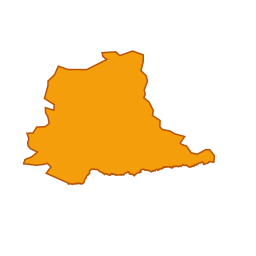 Jeti-Oguz, Ysyk-Köl, Kyrgyzstan (Natural Earth projection), rotated 21°
{"feature_id": "92254566B8733465494202", "entity_name": "Jeti-Oguz", "entity_type": "district", "adm_level": 2, "iso_a3": "KGZ", "parent_name": "Kyrgyzstan", "parent_adm1": "Ysyk-Köl", "projection": "natural_earth1", "projection_center": [78.776, 41.857], "detail": "fine", "context": "isolated", "style": "filled", "palette": "amber", "viewbox_px": 256, "rotation_deg": 21, "n_neighbors": 0, "source": "geoboundaries", "source_scale": "gbopen_adm2", "svg_char_len": 5739}
<svg xmlns="http://www.w3.org/2000/svg" viewBox="0 0 256 256"><g transform="rotate(21 128 128)"><path d="M91.0,200.8L91.1,200.7L91.6,200.9L91.9,201.4L92.2,201.5L92.3,201.7L93.0,201.5L93.1,201.1L93.7,201.1L94.4,200.5L94.9,200.5L95.0,200.4L95.3,200.6L95.6,200.6L95.9,200.5L96.1,200.5L96.6,200.4L96.9,199.8L97.1,199.7L97.2,199.4L97.9,199.6L98.3,199.3L98.4,199.1L98.7,199.0L98.9,198.9L99.1,198.9L99.1,198.4L99.5,198.1L100.2,198.3L100.3,198.4L100.7,197.9L101.2,197.8L101.4,197.5L101.8,197.6L101.9,197.4L102.0,197.3L102.2,197.5L102.4,197.4L102.6,196.9L103.3,196.8L103.8,197.2L104.5,196.6L105.2,196.6L105.4,196.6L105.8,195.7L106.0,195.4L105.9,195.1L106.0,194.8L106.3,194.7L106.3,194.2L106.1,194.0L106.2,192.9L106.1,192.7L106.3,191.9L106.2,191.2L106.2,190.5L106.3,190.3L106.8,190.1L106.8,189.9L106.7,189.7L106.8,189.3L106.7,189.0L106.7,187.8L106.6,187.4L107.5,186.4L107.6,186.1L107.6,185.5L107.9,185.2L107.9,184.9L108.2,184.7L108.4,184.3L108.2,183.3L108.1,183.1L107.7,182.4L107.7,182.0L107.4,181.4L107.9,181.0L108.2,180.6L108.2,180.1L108.3,179.8L109.5,179.2L109.9,179.2L110.9,178.5L111.7,178.5L112.0,178.4L112.8,178.4L113.0,178.2L113.6,178.2L114.5,177.7L115.5,177.8L115.9,178.1L116.0,178.4L117.0,178.7L117.3,178.7L117.6,178.6L118.9,179.1L119.5,178.7L119.9,178.7L120.1,178.9L120.9,179.3L121.1,179.2L121.5,178.9L122.0,179.3L122.2,179.7L122.6,179.9L123.3,179.0L123.6,178.9L123.6,178.6L123.9,178.4L124.5,178.4L125.1,178.7L125.4,178.8L125.6,178.8L126.1,178.5L126.3,178.7L126.7,178.7L127.5,178.6L127.9,178.7L128.2,178.5L128.7,177.8L128.7,177.4L128.6,176.9L129.0,176.4L129.7,176.3L129.9,176.8L130.2,176.8L131.5,176.1L131.8,176.2L132.0,176.4L132.6,176.0L132.8,175.9L133.3,176.1L133.5,176.3L133.8,176.4L134.2,176.1L134.4,176.0L134.9,175.7L135.2,175.6L135.3,175.5L135.5,175.5L135.7,175.3L136.3,175.0L136.5,174.9L137.1,174.8L137.7,174.5L138.3,174.3L138.8,174.3L138.8,174.1L138.6,173.9L138.9,173.8L139.3,173.5L139.6,173.5L139.9,173.4L140.4,173.5L140.7,173.4L141.0,173.1L140.9,172.8L141.0,172.3L141.1,172.1L141.3,171.8L141.4,171.5L141.6,171.3L142.0,170.9L142.2,170.6L142.8,170.2L142.8,169.9L143.1,169.5L143.6,169.4L143.7,169.2L144.0,169.0L144.6,168.9L145.1,169.0L145.1,169.4L145.3,169.7L145.3,170.0L145.6,170.3L146.2,170.2L146.8,170.4L147.0,170.3L147.5,170.2L147.7,169.9L148.4,169.7L148.6,169.4L149.3,169.7L149.6,170.0L150.4,170.1L150.8,170.3L150.8,170.2L151.2,169.8L151.1,169.4L151.1,169.2L151.7,168.8L151.8,168.3L152.0,168.0L151.9,167.9L152.0,167.7L152.3,167.2L153.0,166.6L153.4,166.1L153.7,165.8L154.2,165.7L154.9,165.7L155.0,165.3L155.1,165.2L155.9,164.6L155.8,164.3L155.1,164.2L154.9,163.8L154.7,163.7L154.9,163.0L155.2,162.6L155.5,162.5L155.8,162.0L155.7,161.9L156.3,161.5L156.7,161.1L157.1,161.3L157.7,160.9L158.2,160.9L158.9,161.3L159.1,161.1L159.4,161.1L159.6,161.1L159.8,160.7L160.4,160.7L160.7,160.6L160.8,160.6L161.7,160.5L162.0,160.5L162.3,160.2L163.1,160.2L163.5,159.9L163.8,160.3L164.1,160.5L164.5,160.3L165.6,160.5L165.7,160.1L166.2,159.7L166.3,159.1L166.5,159.0L167.4,159.0L167.8,158.4L168.5,158.3L168.7,158.2L168.8,158.1L168.8,157.6L168.8,157.4L168.7,157.1L169.1,156.5L169.6,156.3L169.8,156.3L170.4,156.5L170.7,156.8L170.8,156.6L171.0,156.5L171.6,156.4L171.8,156.0L171.7,155.9L171.6,155.5L171.8,155.2L172.1,154.8L172.7,154.6L173.5,154.6L173.8,154.0L174.2,153.6L174.8,153.4L174.8,153.2L174.6,153.1L174.5,152.8L174.7,152.5L175.5,152.3L175.5,152.1L175.5,151.8L175.4,151.4L175.6,151.4L176.1,151.6L176.4,151.3L176.5,151.0L177.3,151.0L177.3,150.9L177.6,150.6L177.8,150.6L177.9,150.4L178.1,150.4L178.4,150.5L178.9,150.0L179.6,149.9L180.2,149.4L180.6,149.2L180.8,149.0L181.4,149.4L181.4,149.7L181.5,149.7L182.0,149.7L182.4,149.5L183.1,149.7L183.3,149.6L183.5,149.5L183.4,148.8L183.4,148.5L183.8,148.6L184.2,148.3L184.2,148.1L183.9,147.7L184.1,147.3L184.8,147.3L185.2,147.2L185.4,147.3L185.6,146.9L186.0,146.7L186.4,146.8L186.7,146.2L186.9,146.3L187.5,146.3L187.9,146.1L188.2,146.2L188.4,146.1L188.8,146.2L189.1,146.0L189.2,145.6L189.7,145.4L189.8,145.1L190.0,145.0L190.4,145.0L190.9,144.9L191.0,144.8L191.3,144.8L191.3,144.6L191.6,144.4L191.7,144.1L191.8,143.9L191.8,143.7L192.3,143.1L192.2,142.8L192.4,142.5L193.1,142.5L193.5,142.7L194.0,142.8L194.5,142.5L194.8,142.4L195.7,142.2L195.8,141.9L196.1,141.9L196.6,141.9L197.0,142.1L197.4,142.1L197.6,142.3L197.8,142.5L199.1,142.4L200.4,142.2L200.6,141.6L201.1,141.5L201.5,141.1L201.6,140.8L201.5,140.7L201.4,140.5L201.8,140.3L202.6,140.3L203.2,140.1L203.4,139.8L203.1,139.0L203.1,138.8L203.9,138.4L204.1,138.5L204.8,138.1L205.4,137.8L205.4,137.4L205.1,137.2L205.2,136.9L205.4,137.0L205.7,137.0L205.8,136.8L206.2,136.6L207.0,135.2L207.9,134.8L208.0,134.7L208.4,134.6L208.6,134.0L209.2,133.7L209.3,133.5L209.4,133.2L209.6,133.0L210.6,133.4L210.9,133.8L210.9,134.0L211.3,134.2L211.6,134.8L212.1,134.8L212.3,134.7L212.5,134.1L212.9,133.9L213.2,133.6L213.4,133.5L213.5,133.2L214.3,132.8L214.6,132.7L214.9,132.4L215.1,132.1L215.6,131.5L215.5,131.0L216.0,130.8L216.8,130.0L216.9,129.8L217.2,129.7L218.6,129.5L219.3,129.5L220.2,129.3L220.4,129.1L218.6,122.9L211.9,118.9L208.3,120.4L202.1,127.7L195.8,128.5L189.3,124.0L183.2,124.0L182.1,123.0L184.0,115.7L173.8,116.7L168.1,115.8L160.6,117.1L157.4,115.5L155.2,109.5L146.3,107.5L145.4,102.6L138.3,96.2L132.0,94.2L132.1,90.6L129.5,86.7L129.4,77.3L126.3,72.8L119.5,69.8L118.5,60.8L116.1,54.3L104.7,54.5L94.4,63.3L89.3,61.3L76.8,67.0L79.0,70.3L83.6,71.7L68.5,88.3L50.7,95.0L40.8,95.2L40.4,104.4L36.5,112.8L38.1,117.1L39.4,130.4L50.8,132.6L52.3,138.0L43.6,138.6L45.5,143.2L49.3,146.4L51.8,150.5L52.8,152.0L50.3,156.4L42.4,159.9L41.1,166.8L35.6,169.1L39.3,173.7L39.6,177.6L41.1,180.5L44.4,182.3L52.0,182.9L48.5,189.4L43.2,194.3L43.3,198.8L55.8,195.6L62.3,192.2L65.2,189.9L70.0,191.9L67.9,199.6L91.0,200.8Z" fill="#f59e0b" stroke="#b45309" stroke-width="1.5"/></g></svg>